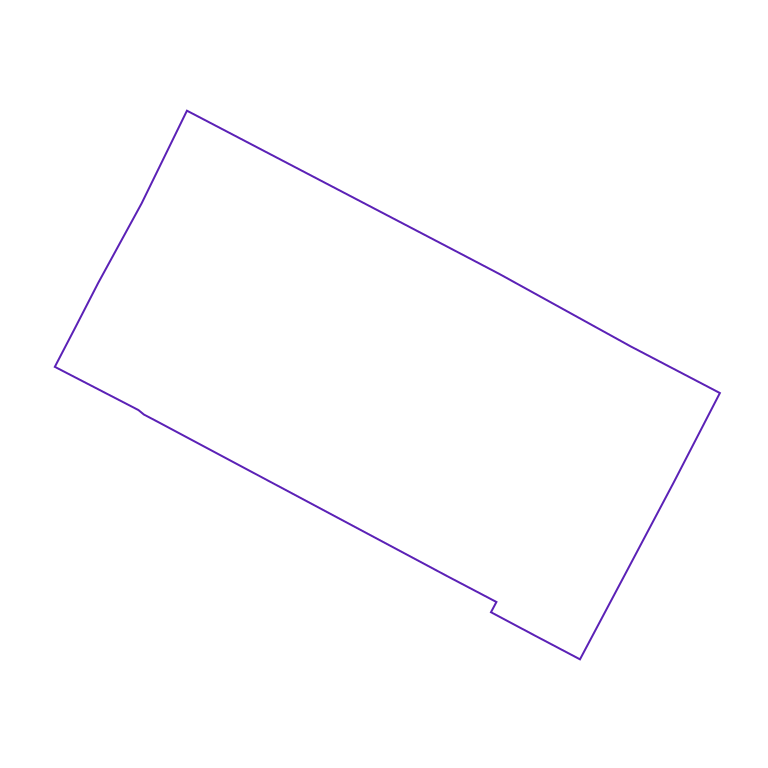 DeKalb, Illinois, United States of America (Mercator projection), rotated 118°
{"feature_id": "52423323B8884697818059", "entity_name": "DeKalb", "entity_type": "district", "adm_level": 2, "iso_a3": "USA", "parent_name": "United States of America", "parent_adm1": "Illinois", "projection": "mercator", "projection_center": [-88.72, 41.891], "detail": "fine", "context": "isolated", "style": "outline", "palette": "violet", "viewbox_px": 768, "rotation_deg": 118, "n_neighbors": 0, "source": "geoboundaries", "source_scale": "gbopen_adm2", "svg_char_len": 402}
<svg xmlns="http://www.w3.org/2000/svg" viewBox="0 0 768 768"><g transform="rotate(118 384 384)"><path d="M523.7,581.6L523.6,564.9L524.0,238.4L523.7,182.4L535.3,182.4L535.3,132.1L535.1,81.7L434.9,81.8L334.8,82.0L234.3,83.2L235.0,184.0L232.7,333.5L233.0,383.7L235.2,686.3L338.4,682.8L429.0,683.8L478.9,683.1L523.4,682.7L522.3,588.5L523.7,581.6Z" fill="none" stroke="#5b21b6" stroke-width="2"/></g></svg>